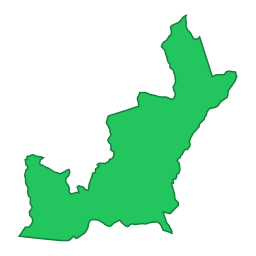 outline of Taquara, Rio Grande do Sul, Brazil
{"feature_id": "56859067B74945803904377", "entity_name": "Taquara", "entity_type": "district", "adm_level": 2, "iso_a3": "BRA", "parent_name": "Brazil", "parent_adm1": "Rio Grande do Sul", "projection": "robinson", "projection_center": [-50.778, -29.634], "detail": "fine", "context": "isolated", "style": "filled", "palette": "green", "viewbox_px": 256, "rotation_deg": 0, "n_neighbors": 0, "source": "geoboundaries", "source_scale": "gbopen_adm2", "svg_char_len": 3296}
<svg xmlns="http://www.w3.org/2000/svg" viewBox="0 0 256 256"><path d="M26.0,164.8L27.8,166.8L27.4,168.8L25.9,170.1L24.7,175.6L25.6,178.8L25.5,180.9L25.8,183.4L28.2,188.2L27.7,191.0L27.8,193.1L28.8,196.2L30.5,197.9L30.1,203.3L32.2,207.4L31.1,209.5L29.3,211.7L29.9,215.4L32.5,218.5L32.5,222.4L29.3,227.0L25.3,227.2L24.2,228.9L19.2,236.2L26.5,237.0L43.3,238.8L53.1,239.8L60.3,240.5L65.8,240.6L68.1,240.6L70.3,239.5L71.9,237.8L74.0,236.3L76.0,238.4L77.7,237.9L79.3,236.7L81.1,235.5L85.1,232.6L87.8,228.0L88.4,225.0L88.9,222.8L90.4,220.2L93.2,219.5L95.4,219.8L97.5,219.7L103.4,223.0L104.8,224.5L108.5,226.2L110.7,226.2L113.8,223.1L119.7,220.1L121.5,222.4L125.3,225.6L127.8,226.7L130.8,224.1L132.5,223.9L134.7,224.5L142.3,223.6L145.7,224.0L150.2,222.5L157.3,221.8L160.7,224.5L163.1,230.1L168.2,231.7L172.0,233.3L171.4,229.9L170.2,228.4L169.0,225.5L166.8,223.1L163.8,214.5L163.3,211.9L170.1,213.7L178.4,205.2L178.3,202.6L175.9,200.4L174.7,198.2L174.6,194.8L173.0,188.9L172.2,185.8L171.6,183.4L173.5,183.1L173.0,179.5L175.8,178.9L176.7,176.8L176.5,174.4L178.2,173.8L179.3,172.2L179.9,169.3L179.3,163.5L177.1,160.4L178.4,158.4L180.3,157.6L180.7,155.6L182.2,154.3L183.2,152.3L184.7,149.6L187.4,149.5L189.5,146.9L190.1,144.3L189.4,141.8L190.4,138.3L192.0,135.5L193.2,133.1L195.5,130.8L199.1,126.7L199.2,124.3L201.8,121.7L204.2,119.3L204.8,117.1L206.3,115.0L206.9,112.1L209.3,108.7L214.7,107.5L217.0,106.5L218.4,105.2L220.4,102.1L223.0,100.1L227.0,97.4L227.8,94.9L228.2,90.7L230.1,88.1L234.6,81.8L236.8,76.5L235.9,74.4L235.7,72.1L228.8,71.1L226.4,71.7L224.3,74.6L216.0,74.9L212.3,76.5L199.6,36.9L197.7,39.0L193.8,39.1L190.3,32.6L187.6,30.0L185.9,26.2L186.2,22.6L185.5,17.9L186.2,15.4L184.2,16.4L182.7,17.7L180.9,20.3L178.3,22.6L172.2,25.3L170.5,26.8L170.8,29.2L171.6,31.8L170.8,34.9L169.0,36.2L168.0,38.1L166.8,40.0L165.3,41.2L163.5,42.2L162.3,44.3L161.4,46.7L164.6,50.0L165.7,53.9L166.5,56.0L167.2,59.0L168.1,62.1L170.1,64.5L169.9,67.6L172.9,69.7L173.7,71.5L174.4,74.3L175.2,76.1L175.1,78.1L175.6,80.6L175.1,83.5L173.1,87.0L174.0,90.8L175.2,92.8L175.1,95.9L173.3,99.1L170.9,99.1L166.4,97.1L159.1,96.9L155.7,95.6L150.1,94.6L148.2,93.6L145.5,92.5L143.1,92.6L139.7,92.6L138.8,95.4L137.5,97.6L137.5,99.6L138.6,103.6L138.6,106.4L135.9,107.1L127.7,109.9L119.1,112.6L112.5,114.7L109.9,115.5L108.1,116.2L107.6,118.5L106.9,120.4L106.3,122.8L107.9,125.4L108.8,127.3L109.7,129.3L110.2,132.5L111.1,134.5L110.1,136.2L108.9,138.1L107.8,140.2L108.8,142.5L110.3,143.8L111.1,146.2L110.6,149.5L112.0,150.9L113.9,152.0L113.8,155.2L113.1,157.3L111.4,159.0L109.6,159.3L108.4,161.8L106.7,162.4L105.2,163.7L103.6,163.3L101.6,163.3L98.8,163.3L97.1,164.9L99.1,166.3L95.5,169.0L95.3,172.6L92.6,173.2L92.2,175.9L91.0,178.7L90.1,181.2L89.1,184.4L88.7,187.9L88.3,190.2L86.4,190.0L84.6,189.0L83.4,187.1L80.9,186.5L79.0,185.8L77.1,187.0L78.4,190.3L78.8,192.8L76.2,192.4L73.5,193.4L70.8,194.0L68.9,191.8L69.5,189.4L68.6,186.1L66.6,183.2L65.6,181.4L66.1,178.0L68.6,175.7L69.4,173.4L69.8,171.5L69.0,169.5L66.7,170.1L65.0,171.6L62.0,172.8L60.3,173.9L58.2,173.1L55.6,172.4L53.4,171.5L51.0,169.8L48.2,168.1L46.4,167.4L44.4,166.6L42.6,165.1L40.4,165.0L39.6,162.8L40.3,160.1L43.4,157.7L40.8,156.8L36.6,156.4L34.5,155.2L32.2,154.8L29.8,155.9L26.9,156.6L27.5,158.9L25.2,159.5L26.0,164.8Z" fill="#22c55e" stroke="#15803d" stroke-width="1.5"/></svg>